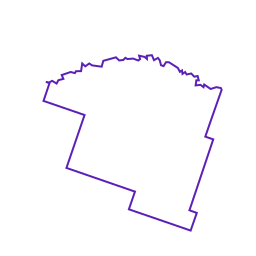 Grant, North Dakota, United States of America (Robinson projection), rotated 199°
{"feature_id": "52423323B34394260918721", "entity_name": "Grant", "entity_type": "district", "adm_level": 2, "iso_a3": "USA", "parent_name": "United States of America", "parent_adm1": "North Dakota", "projection": "robinson", "projection_center": [-101.561, 46.362], "detail": "fine", "context": "isolated", "style": "outline", "palette": "violet", "viewbox_px": 256, "rotation_deg": 199, "n_neighbors": 0, "source": "geoboundaries", "source_scale": "gbopen_adm2", "svg_char_len": 962}
<svg xmlns="http://www.w3.org/2000/svg" viewBox="0 0 256 256"><g transform="rotate(199 128 128)"><path d="M35.3,70.1L43.1,70.2L43.7,145.0L52.1,145.0L52.1,161.8L51.9,194.6L53.2,196.0L57.7,195.4L62.6,191.8L70.1,193.9L69.9,191.2L73.5,192.4L77.9,190.3L78.9,195.3L76.6,196.1L79.1,199.8L82.0,198.1L86.0,200.1L90.0,197.7L92.2,199.5L94.1,196.9L95.7,200.0L97.2,198.0L100.4,201.0L110.6,203.5L113.5,202.6L114.5,198.1L117.2,198.1L120.0,202.3L122.5,204.0L125.5,200.6L129.1,204.6L133.8,202.4L132.6,199.5L135.5,200.6L141.0,200.0L139.0,197.1L140.2,195.2L145.8,195.3L151.0,193.0L153.3,193.5L154.6,190.8L158.3,189.0L162.4,190.9L173.2,183.5L172.9,177.4L182.4,175.5L185.6,176.4L188.5,172.4L192.3,174.1L190.9,166.5L195.6,164.8L196.1,162.6L200.4,162.3L207.9,156.5L205.1,153.4L209.4,150.5L210.0,146.8L215.1,147.9L217.4,145.3L220.7,144.9L216.8,144.8L216.7,126.1L173.3,126.1L173.2,70.2L100.7,70.1L100.7,51.4L35.4,51.4L35.3,70.1Z" fill="none" stroke="#5b21b6" stroke-width="2"/></g></svg>